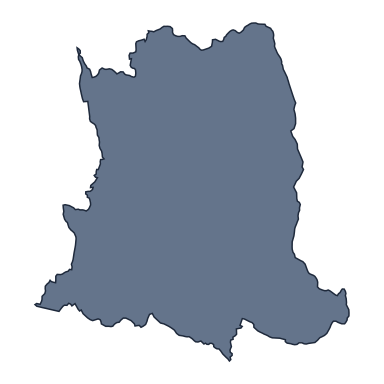 outline of Piracanjuba, Goiás, Brazil
{"feature_id": "56859067B59858987143707", "entity_name": "Piracanjuba", "entity_type": "district", "adm_level": 2, "iso_a3": "BRA", "parent_name": "Brazil", "parent_adm1": "Goiás", "projection": "natural_earth1", "projection_center": [-49.012, -17.324], "detail": "fine", "context": "isolated", "style": "filled", "palette": "slate", "viewbox_px": 384, "rotation_deg": 0, "n_neighbors": 0, "source": "geoboundaries", "source_scale": "gbopen_adm2", "svg_char_len": 5804}
<svg xmlns="http://www.w3.org/2000/svg" viewBox="0 0 384 384"><path d="M148.3,30.8L148.8,32.7L147.1,34.3L147.1,36.3L146.3,39.6L145.1,41.5L144.1,39.2L142.4,39.8L140.8,40.3L138.7,40.8L136.5,41.8L135.8,43.6L136.1,49.6L135.8,51.8L133.0,53.1L130.1,53.1L129.1,55.4L129.5,59.1L131.4,58.7L130.2,65.3L131.2,67.3L132.8,68.2L134.5,68.5L135.5,69.9L135.8,73.3L135.4,76.3L134.0,77.2L131.3,76.5L129.7,75.5L126.1,74.9L124.7,74.1L123.1,71.9L120.5,71.8L119.2,72.7L116.9,73.9L115.7,72.6L113.7,70.8L111.8,69.4L109.4,68.8L106.9,69.3L104.9,69.3L102.1,68.0L99.5,70.0L98.7,73.2L97.5,74.9L96.0,76.3L94.2,77.1L92.2,77.5L91.0,73.5L90.6,71.6L89.6,69.2L87.0,67.9L86.4,66.2L84.6,63.6L83.4,61.2L82.8,59.5L82.3,57.7L80.6,56.2L78.8,54.7L78.3,56.8L78.6,59.5L79.7,61.1L80.9,64.1L81.6,66.6L82.1,69.7L82.0,71.7L81.4,73.8L80.5,75.9L80.2,78.6L79.5,83.6L79.8,86.3L80.1,88.2L80.9,91.8L81.3,93.8L82.5,98.8L83.6,101.7L87.8,101.4L89.7,116.5L89.6,118.9L90.4,121.4L92.3,122.8L94.1,123.9L95.6,125.5L96.0,127.2L97.1,129.8L97.4,135.1L98.9,137.5L99.1,139.7L99.5,142.0L99.2,145.5L100.0,148.4L101.6,151.1L102.1,153.5L102.4,157.0L104.0,158.9L102.5,159.4L100.6,159.6L100.2,161.6L100.4,163.9L98.3,169.5L96.7,169.5L96.2,171.7L96.2,174.0L94.2,175.4L95.5,177.2L97.4,177.7L94.8,181.9L92.5,183.9L90.8,185.4L90.5,187.6L93.1,187.4L92.5,189.5L90.3,191.3L87.9,191.4L85.8,191.8L85.7,193.9L87.4,195.2L87.3,197.2L89.3,198.2L89.9,200.0L90.5,202.8L90.6,205.0L89.3,207.9L88.4,209.4L86.2,211.0L84.4,210.3L82.9,209.9L79.9,209.9L78.3,209.2L75.3,209.6L73.6,207.8L72.0,207.0L69.4,205.6L67.5,205.2L65.1,204.7L63.1,205.2L63.3,208.0L63.8,211.4L63.2,214.3L64.6,219.2L66.0,221.4L67.4,222.5L68.2,225.3L68.9,227.5L70.9,230.0L72.5,231.3L74.2,232.9L75.9,236.8L76.1,238.7L75.5,245.1L75.1,247.5L74.1,252.8L73.1,259.4L72.5,261.6L71.4,264.2L72.1,266.9L71.7,269.7L69.5,269.4L68.2,271.2L65.6,272.0L64.2,272.8L62.4,274.1L60.5,274.6L57.2,274.4L55.8,276.2L55.8,280.1L55.6,282.7L53.6,282.3L51.3,281.6L50.1,280.3L48.9,282.6L47.3,283.8L45.3,286.2L45.2,288.7L45.5,291.0L44.8,293.6L42.1,296.3L42.0,299.4L41.6,301.2L40.1,304.3L36.7,303.5L35.0,304.6L36.9,306.3L59.0,311.4L61.1,308.5L62.9,306.3L64.4,305.2L67.0,305.3L68.7,303.3L70.6,304.1L71.9,305.9L75.0,303.6L78.1,309.2L79.6,311.0L81.2,310.0L83.1,313.7L87.5,317.8L90.3,319.7L92.7,320.6L98.1,318.9L100.2,319.7L101.0,321.7L101.4,323.9L105.7,326.3L108.7,326.3L111.0,326.6L112.8,326.2L114.4,324.2L116.7,322.6L119.2,322.2L120.7,320.3L123.2,318.1L125.9,318.1L128.2,319.2L131.1,320.6L134.4,323.8L135.0,326.0L137.3,325.6L139.3,325.4L141.0,327.3L143.0,326.3L145.6,324.5L146.9,321.5L147.7,318.5L149.5,314.4L152.3,313.4L154.1,317.0L160.5,323.0L164.0,323.9L168.8,326.3L171.5,328.0L174.4,330.1L176.6,333.4L179.1,335.3L183.0,335.9L185.1,336.5L186.9,336.8L189.2,336.7L192.3,338.8L194.1,340.6L195.6,341.8L198.0,342.0L200.9,341.0L203.9,344.0L205.6,343.2L206.9,344.3L208.7,344.4L209.9,343.3L212.0,343.4L213.6,344.6L213.8,346.7L215.4,348.0L216.9,348.8L218.9,348.9L220.7,350.9L222.8,354.0L226.3,357.5L227.9,358.9L229.4,361.0L230.8,359.6L230.1,357.1L232.1,355.4L232.1,353.6L230.3,352.3L230.0,350.1L230.7,348.2L231.4,346.7L230.4,342.2L230.7,340.1L233.1,339.3L232.9,337.2L235.4,335.6L236.6,334.2L236.4,328.9L241.0,328.0L242.2,326.4L240.0,325.4L242.3,318.6L244.4,319.0L249.7,321.7L252.1,322.6L253.8,324.5L253.9,327.3L257.7,330.8L259.9,332.0L262.7,333.3L264.1,334.1L265.7,334.7L267.8,335.7L269.5,336.8L272.2,337.8L279.8,338.2L282.0,338.8L285.4,339.7L285.3,341.6L287.1,343.1L290.8,343.7L292.6,344.3L294.8,344.7L297.0,344.4L299.1,342.8L302.0,342.8L304.1,343.8L306.3,344.0L308.6,343.4L314.9,342.5L317.5,340.3L319.8,337.7L321.8,336.8L324.5,335.4L326.8,333.4L329.3,328.9L330.1,327.3L330.9,325.1L332.1,322.8L333.4,321.2L336.0,321.2L337.9,322.3L339.6,323.0L341.8,323.8L344.6,323.8L345.8,322.3L347.1,320.0L347.2,318.1L348.9,316.0L349.0,313.0L348.8,309.7L346.3,304.7L346.5,302.5L346.2,298.6L345.4,295.6L345.9,293.5L345.4,291.4L344.2,289.1L342.3,289.0L341.3,290.3L340.0,292.6L338.5,293.7L337.4,295.6L335.7,295.1L330.0,290.9L328.2,290.0L326.3,290.7L324.6,290.7L322.6,290.1L319.3,288.8L317.5,286.9L317.7,282.2L317.1,279.9L316.3,278.4L314.9,276.4L313.5,275.4L310.3,274.1L309.0,273.3L308.0,271.8L307.2,269.9L305.1,264.1L302.8,261.6L301.2,260.9L295.2,257.6L294.4,254.2L293.0,252.3L292.2,249.2L292.1,246.8L292.2,241.8L293.9,235.9L294.4,232.1L294.7,228.9L295.2,227.1L296.5,224.0L297.2,222.0L298.4,219.1L298.0,215.9L298.5,212.7L299.6,210.3L299.5,207.8L300.3,204.5L299.3,202.4L297.4,201.2L296.8,198.7L296.6,192.8L293.6,187.0L294.9,184.3L296.3,181.2L299.1,178.4L301.4,174.0L303.5,169.5L302.1,167.0L303.0,162.0L301.2,157.6L297.5,149.0L297.3,144.1L295.1,139.5L292.7,136.4L290.8,131.0L294.0,128.6L295.6,123.7L295.6,118.2L295.1,113.9L293.9,109.4L294.5,106.6L295.0,104.8L295.7,103.0L294.3,99.7L292.8,95.3L288.9,83.4L288.3,81.1L287.6,79.1L287.2,77.4L284.4,71.5L283.3,69.4L282.5,65.3L281.6,63.8L281.7,61.7L281.0,59.1L280.1,57.4L277.7,53.8L276.9,52.2L276.1,50.2L275.1,48.1L274.5,46.3L274.8,43.7L274.1,40.9L273.3,38.3L273.7,35.1L273.4,33.3L272.8,31.3L271.7,30.1L270.6,28.3L266.1,26.3L264.9,24.3L259.4,24.1L257.9,23.9L255.8,23.0L254.0,23.0L251.5,23.2L249.6,24.1L248.0,25.2L246.3,26.1L244.6,27.4L243.3,30.1L241.0,32.2L239.2,33.2L237.3,32.4L235.2,30.6L233.1,29.9L231.5,30.4L229.8,31.5L228.1,33.2L226.6,34.8L225.7,36.4L224.2,37.4L223.7,39.5L222.7,41.4L220.6,41.6L219.0,41.1L217.5,40.3L215.5,39.3L212.5,39.8L212.4,42.2L211.6,46.3L208.8,48.1L203.2,50.0L201.4,50.2L199.8,49.1L198.8,47.8L197.0,46.5L194.7,44.7L192.5,43.8L190.9,42.7L189.3,41.2L186.1,38.0L184.9,35.8L182.2,35.7L180.1,36.4L177.7,36.4L175.5,35.7L173.5,34.6L172.5,32.3L172.6,30.4L172.4,28.5L170.1,26.6L167.7,26.3L165.5,26.4L163.9,26.3L162.1,27.4L160.1,29.0L156.2,30.5L153.8,31.8L151.8,31.3L150.3,31.2L148.3,30.8ZM77.1,47.8L77.4,50.2L78.0,52.2L78.8,54.7L80.3,53.1L80.2,50.6L78.7,48.9L77.1,47.8Z" fill="#64748b" stroke="#1e293b" stroke-width="1.5"/></svg>